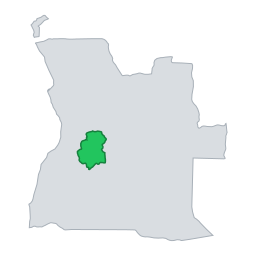 where Huambo sits in Angola
{"feature_id": "AGO-1890", "entity_name": "Huambo", "entity_type": "Province", "adm_level": 1, "iso_a3": "AGO", "parent_name": "Angola", "parent_adm1": "", "projection": "orthographic", "projection_center": [15.812, -12.604], "detail": "fine", "context": "in_parent", "style": "filled", "palette": "green", "viewbox_px": 256, "rotation_deg": 0, "n_neighbors": 0, "source": "natural_earth", "source_scale": "10m", "svg_char_len": 5773}
<svg xmlns="http://www.w3.org/2000/svg" viewBox="0 0 256 256"><path d="M226.0,123.5L226.3,125.7L226.6,128.8L226.8,130.9L227.0,131.9L227.1,132.4L226.8,133.0L226.5,134.3L226.0,135.4L225.8,136.2L225.9,137.7L225.5,142.0L225.3,144.2L225.8,148.1L225.7,149.3L224.3,152.8L223.9,154.5L223.8,155.5L225.1,158.1L225.0,158.6L223.9,158.8L223.0,158.8L193.1,158.0L191.9,203.1L191.8,206.9L192.6,212.0L194.2,217.6L194.9,218.1L196.6,219.2L199.0,221.3L200.3,222.9L203.0,225.7L206.5,229.3L212.9,235.4L190.5,239.2L181.9,240.5L181.2,240.5L179.9,239.9L177.2,239.7L173.9,240.5L171.4,240.6L169.5,240.2L167.7,239.5L165.9,238.4L162.8,237.9L158.3,238.1L154.0,237.9L149.9,237.1L147.0,236.8L145.2,236.9L143.3,236.6L141.2,236.0L139.6,234.9L137.5,232.7L136.0,230.6L135.6,230.3L135.1,230.0L134.6,229.9L125.7,229.7L71.5,229.5L65.3,229.9L64.8,229.8L64.0,229.6L63.5,229.1L61.7,227.9L60.1,227.1L58.0,225.5L56.6,223.9L55.5,223.4L53.4,223.1L51.9,222.8L50.7,222.7L48.5,223.6L46.9,224.4L45.7,225.1L43.7,226.0L42.0,226.9L39.0,226.8L38.3,227.0L36.7,226.9L35.1,226.2L33.5,226.3L31.8,227.3L29.3,227.7L29.7,221.4L30.3,218.6L30.2,215.3L29.7,206.8L29.2,205.6L28.9,204.2L30.5,203.2L31.3,202.3L32.3,200.9L33.0,198.9L33.9,194.5L37.0,184.3L38.5,174.4L40.4,169.6L41.1,164.4L46.6,157.5L47.9,153.3L50.8,151.2L54.9,149.0L57.8,145.1L59.2,142.4L60.8,137.2L60.7,131.8L61.7,124.6L61.4,122.6L59.9,119.7L59.6,117.7L58.1,115.7L56.6,114.2L55.9,111.5L53.2,107.2L52.4,104.4L51.1,102.3L50.9,99.8L50.2,97.2L48.9,94.5L47.6,91.5L47.6,90.6L48.4,89.4L49.1,89.1L48.9,89.6L48.4,90.3L48.5,90.8L53.5,85.5L53.8,84.5L53.6,83.3L53.6,81.9L53.7,80.2L49.0,70.5L45.1,61.5L44.5,57.0L39.5,51.0L37.5,47.1L36.4,44.4L35.5,43.4L35.8,42.8L37.1,42.7L39.9,42.0L43.8,41.3L47.4,39.6L48.4,38.9L50.3,38.8L52.3,39.2L53.0,38.9L53.4,38.8L58.0,38.8L59.9,38.7L63.4,38.7L65.6,38.8L66.9,39.0L70.3,39.2L74.6,39.1L76.1,39.0L81.7,38.9L92.3,38.7L97.8,38.7L102.0,38.7L103.9,39.3L105.6,40.4L106.4,41.4L106.8,41.8L107.3,42.8L108.3,43.7L108.6,44.9L108.3,46.7L108.5,48.7L109.0,51.1L110.1,53.7L111.9,56.4L112.7,58.5L112.4,60.0L113.0,61.7L114.3,63.5L115.2,64.4L115.7,65.1L117.2,67.8L122.0,75.3L122.7,75.7L123.7,75.5L126.0,75.2L128.2,75.2L129.7,75.9L130.4,75.8L132.7,74.5L135.1,74.1L137.5,73.6L138.8,73.1L140.3,73.1L144.3,74.2L145.1,74.3L148.3,74.3L151.6,73.8L152.1,69.5L152.1,68.6L152.9,67.0L153.9,65.6L154.1,64.3L154.0,62.5L154.8,60.2L157.0,58.5L160.5,57.7L162.5,57.6L165.7,57.1L170.5,56.7L172.2,56.8L172.4,57.1L171.3,60.1L171.3,61.1L171.7,62.2L172.5,62.7L182.0,63.0L191.2,63.6L191.7,63.7L192.1,64.0L192.6,65.5L192.5,68.5L191.5,72.8L191.8,76.9L193.3,80.7L193.4,86.6L192.0,94.4L191.7,99.4L192.3,101.5L193.8,103.7L196.0,106.0L197.7,109.0L198.9,112.6L199.3,114.9L199.0,115.9L199.0,117.5L199.3,119.8L198.8,121.3L197.6,122.1L197.1,123.1L197.7,125.1L197.8,126.9L198.7,128.1L199.2,128.2L200.5,127.6L202.0,126.4L203.3,126.0L205.0,126.1L207.4,126.5L211.6,126.7L212.9,126.5L216.9,125.0L217.9,124.9L219.4,125.1L221.6,125.7L223.8,125.8L224.9,125.4L225.1,124.7L225.4,123.9L226.0,123.5ZM48.4,18.7L48.1,19.0L46.3,19.7L44.4,20.4L41.8,23.2L40.6,24.4L40.2,24.7L39.0,25.4L38.2,26.0L38.2,26.3L38.8,26.7L39.4,27.3L39.3,31.8L39.1,36.3L38.8,36.6L37.2,36.8L35.0,37.1L34.3,37.4L34.1,36.9L33.3,35.3L33.7,33.7L34.2,32.6L33.7,30.2L32.6,28.1L31.4,25.5L31.0,25.0L32.0,24.1L33.5,22.2L34.1,21.2L35.8,21.0L36.4,20.3L36.9,19.2L37.0,18.6L39.0,18.0L41.3,17.1L42.5,16.1L43.8,15.4L44.7,15.4L45.2,15.6L46.7,17.4L48.0,18.4L48.4,18.7Z" fill="#d9dde1" stroke="#a8b0b8" stroke-width="1"/><path d="M92.6,131.0L93.9,131.5L94.7,131.7L95.2,131.7L95.8,131.6L96.5,131.5L96.7,131.4L97.6,131.1L99.6,131.4L100.2,131.6L101.0,131.7L101.3,131.9L101.5,132.0L101.6,132.4L101.7,132.6L101.7,132.8L101.8,133.7L101.9,133.8L102.2,134.1L102.4,134.5L102.8,134.8L103.0,135.1L103.3,135.4L104.1,136.0L104.3,136.1L104.4,136.4L104.5,136.9L104.5,137.1L104.6,137.3L105.4,138.0L105.6,138.2L105.8,138.4L106.0,138.5L106.1,139.0L106.2,139.3L106.1,139.7L106.1,139.8L105.8,140.1L105.3,140.8L105.1,141.1L105.0,141.6L104.9,142.0L104.5,142.7L104.2,143.0L103.3,143.7L103.0,143.9L102.6,144.2L102.4,144.3L102.3,144.5L102.2,144.6L102.2,144.8L102.2,145.0L102.4,145.5L102.6,146.0L102.9,146.5L102.9,147.0L102.9,147.4L102.8,147.9L102.7,148.2L102.6,148.4L102.5,148.6L102.0,148.9L101.7,149.1L101.6,149.4L101.7,149.8L101.8,150.2L102.4,150.9L102.7,151.4L103.0,151.8L103.4,152.0L104.1,152.4L104.8,152.7L104.9,152.8L104.8,153.6L104.8,154.5L104.9,154.9L104.9,155.3L105.0,155.7L105.1,157.9L105.4,159.3L105.4,159.5L105.3,159.8L105.4,160.4L105.4,161.3L105.2,162.7L104.1,162.9L103.6,162.8L103.0,162.6L101.6,162.6L101.1,162.4L100.6,162.4L100.2,162.6L99.8,162.9L99.1,163.9L98.9,164.0L98.3,164.2L97.9,164.2L97.5,164.0L96.9,163.5L96.6,163.4L96.3,163.4L96.1,163.4L95.3,164.0L92.6,167.0L91.3,167.7L90.7,168.4L90.5,168.7L89.2,169.5L89.0,169.4L88.8,169.3L88.7,169.0L88.7,168.2L88.7,167.8L88.6,167.5L88.3,167.4L87.9,167.3L87.2,167.3L86.9,167.1L86.7,166.7L86.4,164.7L86.3,164.3L86.1,163.9L85.6,163.3L85.2,163.2L83.1,163.7L82.3,163.5L81.7,163.1L81.2,162.5L80.3,161.9L79.9,161.5L79.4,160.7L79.2,160.3L79.1,159.9L79.2,159.5L79.3,159.2L79.4,158.9L79.3,158.0L79.1,157.0L79.0,156.8L78.6,156.3L78.1,155.3L77.9,154.4L77.5,153.2L77.4,152.8L77.5,152.4L77.4,151.6L77.6,151.2L78.0,151.0L78.7,150.5L79.0,150.1L79.3,149.8L79.7,149.6L80.1,149.4L80.6,149.3L81.3,149.2L81.6,148.8L81.3,148.0L81.3,147.6L80.8,146.0L80.8,145.7L80.8,143.6L81.6,141.8L81.9,141.4L82.4,141.0L84.2,140.4L84.7,140.3L84.9,140.2L85.0,140.1L85.3,139.9L85.5,139.7L85.9,139.6L86.7,139.7L86.5,139.4L86.5,139.2L86.5,138.8L86.6,138.4L86.7,138.1L86.5,137.8L86.5,137.7L86.8,137.4L86.8,137.0L86.8,136.9L86.9,136.6L87.0,136.6L87.0,136.4L86.9,136.2L86.7,136.0L86.7,135.9L86.7,135.7L86.6,135.2L86.2,134.6L86.4,133.5L87.0,132.9L88.3,132.4L88.8,132.2L89.3,132.0L90.5,131.8L92.2,131.4L92.6,131.0Z" fill="#22c55e" stroke="#15803d" stroke-width="1.5"/></svg>